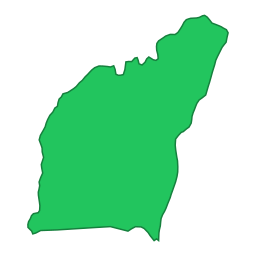 the district of Bacurituba, Maranhão, Brazil
{"feature_id": "56859067B48113685319098", "entity_name": "Bacurituba", "entity_type": "district", "adm_level": 2, "iso_a3": "BRA", "parent_name": "Brazil", "parent_adm1": "Maranhão", "projection": "equal_earth", "projection_center": [-44.686, -2.691], "detail": "fine", "context": "isolated", "style": "filled", "palette": "green", "viewbox_px": 256, "rotation_deg": 0, "n_neighbors": 0, "source": "geoboundaries", "source_scale": "gbopen_adm2", "svg_char_len": 2032}
<svg xmlns="http://www.w3.org/2000/svg" viewBox="0 0 256 256"><path d="M113.7,65.8L110.4,67.0L107.4,66.5L102.8,66.1L99.0,66.0L94.7,67.7L91.9,69.9L89.6,72.3L87.6,74.5L85.2,76.8L82.3,80.4L79.5,82.7L76.3,86.5L73.7,88.6L67.7,92.5L63.0,93.8L61.4,96.9L59.1,99.1L58.0,102.8L57.4,106.4L54.9,108.0L52.9,112.0L49.9,115.3L47.7,119.5L46.2,123.2L45.2,126.8L43.1,130.7L40.4,135.4L39.2,139.9L41.1,145.0L42.1,148.0L42.2,151.9L43.6,157.4L42.4,161.1L41.3,164.5L41.7,167.7L42.7,173.1L40.8,177.3L39.1,182.0L39.7,185.7L39.0,189.3L38.3,192.1L38.4,195.1L38.9,198.5L39.4,201.8L39.9,205.8L39.6,210.5L38.2,212.7L33.4,213.7L31.5,215.7L30.3,218.8L28.6,221.6L27.9,224.5L28.0,227.4L31.7,231.1L32.8,233.9L35.8,233.0L40.6,230.5L57.1,229.9L93.5,227.6L96.7,227.4L110.4,226.6L128.0,231.1L131.5,228.8L135.4,226.7L141.1,226.9L144.2,228.5L148.1,232.5L150.2,235.7L154.1,240.6L156.6,238.9L158.6,240.5L158.9,233.0L159.4,229.7L160.3,225.9L160.7,221.6L161.1,218.5L162.6,214.7L164.5,211.4L166.0,208.2L167.9,203.2L170.2,197.6L171.1,194.5L172.7,190.1L175.6,181.8L177.0,176.4L177.7,172.0L177.8,166.9L177.5,160.8L176.8,157.2L175.7,150.1L175.2,145.2L175.6,139.0L178.4,135.4L181.2,132.4L183.3,131.6L186.7,128.7L189.0,127.1L191.2,123.1L191.7,119.8L192.0,116.5L193.1,112.8L194.7,108.9L195.7,106.2L196.9,103.3L199.2,99.9L202.2,97.8L205.7,95.0L206.8,91.2L208.3,86.1L209.5,82.4L211.0,77.1L212.3,72.3L214.6,64.9L215.8,60.2L217.4,56.7L222.1,47.3L224.3,44.4L226.1,42.2L227.0,37.5L228.1,32.8L226.4,29.7L223.2,28.0L221.3,26.8L219.3,25.9L216.3,24.7L212.0,23.1L209.8,20.2L207.2,17.1L204.6,15.4L202.5,15.8L199.3,17.4L196.5,18.0L190.7,18.3L188.6,18.9L186.3,19.7L184.1,22.2L182.3,25.7L180.4,28.8L177.9,32.5L175.1,34.5L170.2,34.4L165.6,36.1L163.7,37.5L158.6,40.9L156.9,43.4L156.5,46.5L156.7,50.2L157.8,54.5L158.2,58.7L156.0,60.4L153.3,59.8L148.8,57.0L146.7,58.9L145.0,62.3L142.0,65.0L139.0,63.8L138.1,60.1L137.1,57.6L134.8,58.1L131.7,61.6L128.7,61.5L125.9,61.9L124.9,69.6L123.3,74.6L120.6,75.2L118.3,75.3L115.9,74.2L115.1,69.4L113.7,65.8Z" fill="#22c55e" stroke="#15803d" stroke-width="1.5"/></svg>